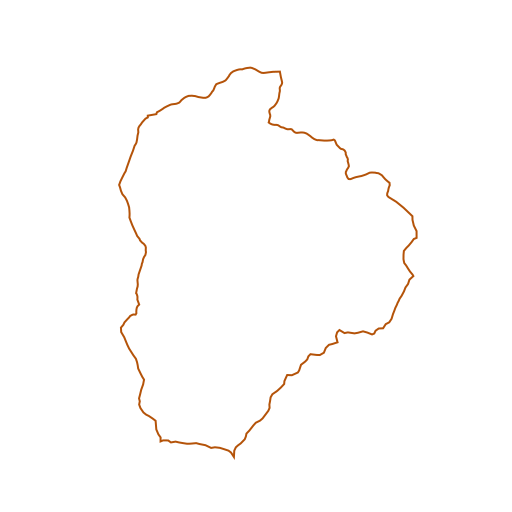 Lajab, Daga, Bhutan, rotated 250°
{"feature_id": "84629894B88322725559269", "entity_name": "Lajab", "entity_type": "district", "adm_level": 2, "iso_a3": "BTN", "parent_name": "Bhutan", "parent_adm1": "Daga", "projection": "mercator", "projection_center": [90.018, 27.095], "detail": "fine", "context": "isolated", "style": "outline", "palette": "amber", "viewbox_px": 512, "rotation_deg": 250, "n_neighbors": 0, "source": "geoboundaries", "source_scale": "gbopen_adm2", "svg_char_len": 5395}
<svg xmlns="http://www.w3.org/2000/svg" viewBox="0 0 512 512"><g transform="rotate(250 256 256)"><path d="M114.4,102.9L114.5,105.7L112.7,110.4L109.9,112.3L109.1,116.9L107.2,119.8L105.3,123.1L103.1,127.1L102.1,130.1L100.6,135.8L98.7,138.5L95.5,143.8L91.0,148.2L90.3,152.0L88.1,156.4L85.5,159.8L82.5,163.6L79.9,165.3L74.7,166.5L80.5,169.0L83.1,171.6L84.2,174.3L85.1,177.5L87.6,182.7L89.8,184.7L92.4,186.3L94.2,190.0L97.7,195.6L99.4,198.8L99.9,203.4L101.1,206.6L106.3,214.6L108.6,216.8L111.9,217.8L114.7,219.5L118.2,221.4L120.5,224.1L122.0,229.8L123.9,234.4L126.1,238.7L128.7,239.9L131.5,242.6L133.5,244.6L131.7,248.9L132.2,255.5L133.7,257.4L138.4,261.1L140.0,266.2L141.3,268.8L143.8,270.9L145.1,273.6L142.3,279.1L141.1,282.1L141.9,286.7L145.7,290.1L147.6,294.2L147.2,297.6L147.0,303.1L153.2,303.7L156.5,306.1L157.9,309.1L153.3,312.8L152.8,316.2L149.6,322.1L149.0,325.5L148.6,330.8L146.0,334.4L142.6,338.2L142.7,340.6L144.9,342.8L145.9,346.5L144.6,350.7L147.6,354.6L148.1,358.5L150.6,361.9L154.6,364.9L157.3,367.3L159.6,369.2L161.3,371.0L162.1,371.8L163.7,373.2L164.8,374.5L166.8,376.4L168.7,379.1L172.1,382.9L175.3,385.7L177.7,389.3L181.3,392.1L183.3,397.0L184.8,396.8L188.7,395.4L192.1,394.6L195.9,393.8L198.6,392.9L200.2,393.1L202.6,393.5L206.8,395.1L210.2,396.7L212.2,400.1L213.6,403.1L215.8,406.9L218.0,410.1L218.1,413.1L224.5,415.4L230.6,414.7L236.4,415.4L239.9,416.6L251.0,411.1L259.0,406.3L265.7,401.0L266.7,400.4L268.2,400.0L269.5,400.5L270.7,401.3L271.6,402.2L273.5,403.3L275.0,404.3L276.8,405.9L279.2,406.5L280.5,405.6L282.1,404.7L284.0,403.7L286.3,402.8L288.8,401.9L290.2,400.8L291.3,399.9L292.0,399.2L292.9,397.4L293.5,396.6L294.6,394.0L295.1,392.5L295.4,391.3L295.0,387.3L295.0,385.5L295.1,382.4L295.4,380.6L295.9,377.0L296.0,375.1L296.0,373.6L295.9,371.9L296.0,370.8L296.7,369.3L297.6,369.0L298.7,368.7L300.2,368.7L301.4,368.6L302.8,368.6L304.3,369.2L305.0,370.0L305.8,370.7L306.7,371.8L307.2,372.6L307.8,373.2L308.6,374.0L310.2,374.3L311.4,374.4L312.3,374.5L313.9,374.6L315.1,375.3L316.7,375.5L318.0,375.2L319.5,375.2L320.8,375.1L322.6,375.7L324.7,375.4L325.9,374.7L326.7,374.0L327.5,372.6L328.6,371.8L330.0,371.2L331.3,370.6L332.9,369.9L334.1,369.8L336.7,369.7L337.7,369.6L338.8,368.8L338.9,366.8L339.3,365.1L340.0,362.7L341.1,359.6L343.5,354.4L343.8,353.3L344.6,352.2L346.0,350.7L348.2,349.1L350.0,348.1L352.6,346.3L353.8,345.4L355.3,343.6L356.0,342.3L356.7,340.6L357.7,336.6L358.2,335.6L359.2,334.6L360.1,334.1L362.8,332.9L363.4,332.0L363.7,331.0L364.2,329.2L365.0,328.0L366.0,326.9L367.3,325.7L368.3,323.9L369.1,323.1L370.3,322.3L371.5,321.3L372.2,320.1L373.0,318.0L374.0,316.3L375.4,314.8L377.1,313.6L377.9,314.2L379.5,315.1L381.1,316.3L382.4,317.2L383.7,317.6L385.0,317.6L386.8,317.8L387.7,318.1L388.4,318.6L389.1,319.4L389.9,321.8L390.2,323.3L390.8,324.8L392.6,327.5L394.0,329.1L394.7,329.7L396.0,330.9L396.7,331.4L398.3,332.3L400.1,333.2L401.4,333.9L402.2,334.5L403.5,335.1L405.4,335.6L406.3,336.1L406.9,336.7L407.8,338.1L409.1,339.4L410.1,339.9L412.1,340.2L414.1,340.4L415.8,340.6L421.1,341.5L421.3,340.7L421.7,339.7L422.0,338.7L422.4,337.6L422.9,336.0L423.4,334.5L423.7,333.1L424.3,330.6L424.9,327.8L425.4,325.7L426.2,324.0L427.1,323.0L428.5,321.7L430.0,320.5L431.6,319.2L432.8,317.9L434.1,316.5L435.0,315.0L435.3,313.6L435.7,312.0L436.0,310.1L436.1,308.3L436.1,306.8L436.6,305.7L437.1,303.9L437.3,301.7L437.3,300.1L437.3,298.7L437.2,297.5L436.4,294.9L435.8,294.0L435.2,293.0L434.4,292.2L433.4,290.7L432.8,289.8L431.6,287.8L431.3,286.8L431.0,284.3L431.1,281.4L431.1,279.7L431.1,278.8L431.0,277.4L429.3,275.3L427.9,274.1L426.1,272.4L425.5,271.1L424.5,269.9L423.3,268.1L422.2,266.1L421.9,264.5L421.9,262.8L422.7,260.5L423.6,258.9L425.1,256.2L426.0,255.0L427.1,253.5L428.0,251.6L428.5,250.7L429.5,247.5L429.5,245.9L429.4,244.2L429.1,242.6L428.6,241.1L427.9,239.1L427.2,238.0L426.4,236.4L426.3,234.7L426.3,233.5L426.5,232.2L427.1,229.7L427.4,228.2L427.4,226.7L427.2,224.7L427.1,223.4L426.7,220.4L426.2,218.8L425.6,216.2L425.4,215.3L425.2,214.0L424.9,212.0L423.4,210.9L424.9,202.3L423.2,201.7L422.9,199.2L422.0,197.5L420.5,194.7L419.1,192.8L418.0,190.9L416.8,189.5L415.2,188.5L412.4,187.7L409.7,185.9L406.0,184.0L403.4,182.4L402.1,181.0L401.2,179.7L397.0,176.4L392.4,172.3L387.6,168.4L383.0,164.6L380.2,162.5L378.7,160.6L375.4,157.1L372.6,154.2L369.6,151.7L367.0,151.7L363.5,151.4L359.7,151.6L355.8,153.1L352.0,153.6L348.9,153.6L346.9,153.5L345.1,153.4L342.0,152.6L339.0,151.7L337.2,151.0L335.4,150.2L331.4,150.2L327.1,150.3L321.9,150.7L318.6,151.0L315.4,151.2L312.0,152.4L310.3,152.4L307.6,153.5L305.8,154.7L303.4,155.5L301.7,155.4L299.0,154.3L297.2,153.9L294.8,152.4L293.4,150.5L291.6,148.8L288.9,147.2L287.9,146.2L286.1,145.2L278.9,139.4L276.7,138.2L274.8,136.8L273.8,136.3L269.7,135.2L267.8,134.3L265.9,132.9L262.0,130.6L261.0,130.9L258.8,130.8L257.2,130.3L255.6,129.6L252.6,129.6L250.3,129.6L249.4,127.6L248.3,126.4L246.7,125.4L244.7,124.5L243.1,124.0L242.1,122.8L243.0,120.7L243.0,119.4L242.7,117.3L241.6,115.6L240.7,113.7L238.6,109.7L236.7,107.8L234.9,104.6L230.6,103.3L224.7,104.4L221.3,104.5L216.5,104.7L212.4,105.1L204.7,106.8L200.5,108.0L196.9,107.9L194.0,107.5L190.5,106.8L185.5,107.3L181.3,107.8L178.1,108.5L173.9,106.0L169.6,102.4L165.2,99.5L162.2,97.4L159.2,97.1L156.4,95.4L152.6,95.4L147.5,96.7L144.5,98.5L142.3,100.6L138.6,103.3L135.5,105.3L130.4,103.9L127.1,103.0L121.7,103.3L118.2,104.3L114.4,102.9Z" fill="none" stroke="#b45309" stroke-width="2"/></g></svg>